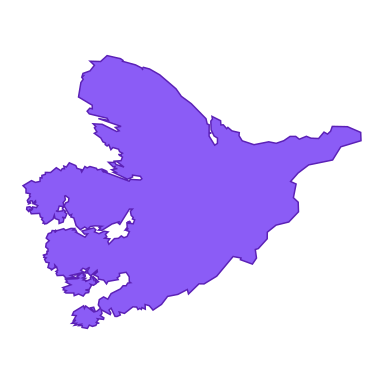 outline of Bergen nor, Hordaland, Norway
{"feature_id": "86288312B18429617226236", "entity_name": "Bergen nor", "entity_type": "district", "adm_level": 2, "iso_a3": "NOR", "parent_name": "Norway", "parent_adm1": "Hordaland", "projection": "natural_earth1", "projection_center": [5.29, 60.365], "detail": "fine", "context": "isolated", "style": "filled", "palette": "violet", "viewbox_px": 384, "rotation_deg": 0, "n_neighbors": 0, "source": "geoboundaries", "source_scale": "gbopen_adm2", "svg_char_len": 5828}
<svg xmlns="http://www.w3.org/2000/svg" viewBox="0 0 384 384"><path d="M324.0,132.1L318.6,138.5L311.0,138.2L306.4,136.3L299.3,139.2L295.7,136.4L290.1,136.4L283.8,140.7L276.2,143.3L268.7,141.8L254.0,144.7L242.2,140.8L239.0,135.7L239.3,132.6L232.0,130.9L227.9,127.4L226.7,128.7L223.3,124.8L220.9,124.9L220.6,120.7L212.0,116.4L212.4,119.1L210.8,121.1L211.1,129.8L214.1,136.0L217.5,138.1L217.4,143.4L214.7,145.2L209.1,136.1L209.1,133.2L211.3,133.3L209.1,132.1L209.2,124.8L207.2,123.9L206.0,118.7L191.3,103.7L181.3,96.3L176.0,88.8L159.7,74.8L149.6,69.0L143.3,67.3L142.2,68.7L142.9,70.1L141.7,68.0L135.6,64.9L122.5,61.3L123.0,60.4L120.6,58.7L107.1,55.6L100.6,61.5L90.1,61.2L94.4,65.3L90.0,70.9L83.0,73.4L82.0,76.5L83.2,76.1L82.0,77.6L83.2,79.3L80.9,82.5L78.5,97.0L92.2,105.2L92.3,108.8L89.8,108.2L87.1,111.2L89.3,113.9L107.1,118.2L108.4,120.4L98.3,118.5L121.1,126.4L115.3,127.4L119.1,130.8L116.6,131.5L102.2,124.3L93.2,123.8L95.8,126.6L94.4,127.8L96.9,131.8L94.3,133.3L100.8,138.0L102.9,141.8L105.5,143.1L105.2,144.6L107.1,146.0L108.8,144.7L110.9,149.7L112.9,147.5L118.6,149.2L119.6,151.7L122.5,153.2L120.1,154.9L118.5,154.1L119.7,155.5L121.9,155.6L120.6,155.9L122.5,157.1L121.0,160.7L113.3,161.2L117.2,161.8L124.0,167.1L116.1,164.5L114.7,162.5L108.5,162.3L113.1,166.8L115.0,166.5L114.2,168.2L117.4,168.6L111.7,169.7L116.0,172.2L113.6,172.5L127.5,179.2L132.6,177.0L132.5,175.1L140.4,176.3L141.9,178.8L140.4,180.0L130.4,179.4L129.1,181.2L105.9,172.5L107.6,171.7L103.4,172.0L102.4,170.9L105.1,170.4L101.8,169.0L97.4,169.9L96.4,168.3L89.9,166.5L87.1,167.9L84.9,166.5L81.7,172.0L80.9,170.1L82.2,169.8L77.0,168.4L75.8,165.6L69.3,162.8L66.4,167.0L63.8,166.1L64.4,168.8L62.3,168.6L60.9,170.7L56.3,167.7L50.6,172.5L45.4,172.4L45.3,174.4L41.9,175.4L41.9,178.0L40.1,177.7L40.0,181.4L35.4,182.4L31.5,180.6L23.0,185.7L26.0,188.7L26.0,192.9L30.2,193.8L29.4,195.9L30.3,196.5L27.3,200.4L27.9,202.4L29.6,201.9L28.8,203.8L30.6,203.1L29.7,201.5L30.6,200.8L32.1,200.9L32.9,203.3L35.5,200.9L35.7,202.5L33.7,203.8L37.8,205.6L36.5,207.6L32.7,206.9L32.5,209.1L31.5,210.2L30.0,210.1L32.2,208.2L29.8,206.7L26.9,207.2L26.6,209.3L28.6,211.4L29.4,209.9L31.3,213.8L39.6,213.4L40.4,216.9L42.6,218.0L41.6,219.4L43.8,221.8L43.0,223.1L45.7,223.6L43.9,224.1L46.7,223.6L53.0,219.1L54.3,215.2L55.0,218.5L59.0,220.0L59.1,223.5L63.2,222.0L64.0,218.5L62.2,217.1L65.2,217.9L66.8,213.9L64.7,212.0L65.5,211.3L63.2,209.4L62.6,210.8L57.9,211.5L55.9,210.9L57.8,211.0L59.2,206.1L62.6,206.4L62.5,208.2L63.9,207.1L63.2,202.5L65.4,199.7L64.7,196.1L65.6,195.7L68.9,198.2L68.4,201.7L65.5,203.0L64.2,206.0L69.6,215.3L71.6,214.5L70.8,216.9L73.8,217.9L76.1,225.6L80.3,229.7L84.7,227.0L87.8,229.0L90.4,226.5L95.0,225.8L101.8,226.3L99.3,227.5L100.4,228.2L98.5,230.1L102.0,230.3L112.0,224.0L119.8,221.5L118.1,223.0L119.8,224.4L129.4,209.1L132.4,209.1L130.4,211.3L131.2,215.4L133.2,217.4L132.4,219.0L134.7,219.8L133.2,223.8L129.1,223.2L130.3,222.1L129.6,221.3L127.9,221.9L128.3,223.3L126.9,222.9L127.2,227.3L125.5,229.6L128.4,228.4L126.3,230.4L129.4,231.6L127.1,236.5L123.9,237.7L121.3,235.9L118.5,238.3L114.4,238.6L108.9,244.2L107.8,241.7L109.8,238.8L104.7,238.2L106.8,236.7L105.4,234.3L108.1,231.9L104.1,231.2L99.0,233.7L94.4,231.9L95.9,229.9L93.7,227.9L81.9,231.0L84.5,234.1L87.6,233.9L85.0,237.2L76.0,232.3L76.8,232.1L75.7,229.9L73.1,229.9L74.6,228.5L70.9,228.4L65.5,230.2L63.7,228.7L56.4,230.8L55.0,229.8L56.2,231.1L54.8,232.6L55.3,230.8L52.2,230.5L51.3,232.6L48.3,233.6L46.2,238.1L49.2,240.7L46.2,243.5L45.7,247.0L48.0,249.0L48.0,251.2L46.4,251.3L47.3,251.7L46.5,253.9L47.7,253.8L42.8,255.2L44.6,255.5L43.8,257.4L46.1,257.9L44.6,259.4L46.0,262.2L49.1,262.8L47.9,267.5L51.7,269.3L51.0,270.4L55.1,267.3L54.8,265.0L55.6,265.8L55.1,267.7L56.6,267.0L57.7,270.2L55.9,271.4L57.2,272.2L56.2,273.5L57.2,275.6L63.4,275.3L66.1,278.3L74.9,277.3L70.6,275.4L81.3,272.9L83.4,271.9L80.8,270.3L82.9,268.3L85.9,269.5L89.6,267.2L87.5,270.7L87.8,272.3L86.4,270.6L84.1,272.9L88.1,273.1L90.6,275.8L97.1,270.2L97.4,271.9L94.0,274.8L98.1,276.8L98.6,279.2L103.7,280.1L106.5,283.9L108.0,281.4L118.2,279.6L117.2,277.8L119.7,276.0L119.3,273.4L126.2,272.3L129.2,276.8L129.3,281.8L130.6,282.7L127.7,283.1L126.1,285.8L123.1,285.7L120.4,288.9L111.1,293.6L107.8,299.2L103.6,296.9L99.3,299.6L98.3,304.9L100.5,308.2L97.0,311.1L95.3,311.6L93.7,307.2L90.6,307.8L94.5,312.4L85.7,306.0L84.4,308.4L83.6,305.8L73.7,311.8L72.2,315.2L76.2,315.6L73.4,320.6L75.9,320.1L71.9,323.3L76.5,323.3L74.5,325.3L80.7,324.3L79.2,325.6L82.3,325.4L82.0,327.4L87.4,328.4L89.3,325.1L92.4,326.4L95.9,325.4L97.1,323.1L99.3,323.3L96.3,322.3L98.2,319.8L97.4,318.7L103.5,319.4L103.9,317.9L100.3,315.5L102.0,313.6L101.2,309.7L110.2,314.6L110.8,313.1L109.0,310.0L111.1,308.2L115.0,316.4L117.0,316.5L120.3,315.0L119.2,312.0L124.5,313.4L132.9,306.8L136.7,307.1L138.0,309.5L139.8,308.4L141.4,309.4L141.9,307.6L145.3,309.2L145.1,304.5L149.3,305.7L153.0,310.1L161.5,304.4L167.6,296.4L177.9,294.4L187.3,289.5L188.5,294.0L199.0,283.8L204.1,283.9L216.7,276.2L233.1,256.5L241.0,258.0L240.4,259.7L252.4,264.1L256.5,258.1L255.3,249.5L258.3,248.6L267.2,238.8L267.3,232.2L276.1,225.1L288.8,222.0L298.5,211.8L298.2,202.2L293.4,197.7L296.1,184.0L290.6,181.5L298.1,173.0L308.7,164.9L332.6,160.0L340.8,146.8L361.0,140.7L360.7,132.4L347.5,126.7L332.3,126.4L330.6,131.2L327.5,134.1L324.0,132.1ZM83.2,273.0L73.7,275.1L79.4,274.8L76.9,276.9L78.9,278.0L77.9,278.6L65.5,279.3L67.2,281.3L65.9,282.1L70.9,284.8L62.8,287.6L63.9,288.3L63.2,289.8L66.3,290.6L64.6,292.1L66.0,293.0L73.8,293.0L74.2,295.7L78.6,294.0L83.2,296.1L85.5,293.1L88.6,292.6L89.1,291.0L85.4,289.9L89.2,289.4L91.4,285.5L90.5,284.3L93.5,285.3L96.2,283.5L94.8,279.5L96.8,282.7L98.6,281.7L93.7,277.1L93.5,279.3L91.9,276.2L90.3,277.7L90.8,279.0L85.2,281.7L86.8,280.6L83.2,279.9L85.6,278.3L82.5,277.9L85.3,276.3L85.2,275.0L82.7,275.1L84.1,274.4L83.2,273.0Z" fill="#8b5cf6" stroke="#5b21b6" stroke-width="1.5"/></svg>